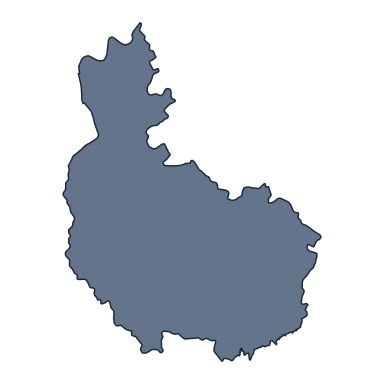 the district of Palestina, Caldas, Colombia
{"feature_id": "7082276B25073710076057", "entity_name": "Palestina", "entity_type": "district", "adm_level": 2, "iso_a3": "COL", "parent_name": "Colombia", "parent_adm1": "Caldas", "projection": "orthographic", "projection_center": [-75.648, 5.066], "detail": "fine", "context": "isolated", "style": "filled", "palette": "slate", "viewbox_px": 384, "rotation_deg": 0, "n_neighbors": 0, "source": "geoboundaries", "source_scale": "gbopen_adm2", "svg_char_len": 5951}
<svg xmlns="http://www.w3.org/2000/svg" viewBox="0 0 384 384"><path d="M141.2,23.3L139.8,23.0L133.5,31.4L132.0,34.4L132.1,36.1L132.7,37.5L132.4,40.0L130.7,42.4L129.8,43.2L127.8,44.3L126.1,44.5L125.7,45.2L121.2,43.4L113.6,37.7L112.0,37.1L110.8,37.3L109.6,38.1L108.9,39.4L108.4,41.1L106.9,54.4L105.1,58.5L104.0,60.1L101.6,60.9L97.7,60.6L88.9,55.9L86.8,56.0L84.2,57.0L83.0,57.9L81.5,59.8L78.8,66.1L79.5,73.5L78.4,73.7L80.8,84.0L81.3,87.6L81.9,96.5L81.7,98.6L82.1,100.9L83.2,103.5L84.6,103.0L85.4,104.4L91.0,110.9L93.1,117.0L94.7,123.6L98.6,134.6L97.5,137.8L94.9,139.8L89.1,143.5L87.6,144.1L84.0,146.7L81.7,149.3L73.1,156.2L70.1,162.8L68.3,166.0L68.8,167.4L69.3,170.1L68.2,174.2L68.6,179.5L65.8,182.9L65.6,189.5L63.4,192.8L63.1,194.1L63.2,195.1L63.8,196.0L66.5,199.4L67.0,200.6L67.1,202.8L67.5,203.8L69.7,206.7L70.7,212.1L74.4,217.2L74.3,220.3L72.9,222.4L72.8,225.1L71.8,226.8L68.6,229.9L68.8,233.0L70.0,234.6L70.5,236.1L70.0,237.1L68.8,238.3L68.9,240.2L68.6,242.2L68.7,242.9L70.2,245.4L70.2,246.5L69.1,248.7L65.9,251.8L65.4,252.9L65.4,254.1L65.8,255.8L68.8,258.9L69.6,260.3L69.5,265.2L69.8,266.3L70.9,267.7L72.2,268.7L74.7,273.4L77.1,274.7L77.4,275.2L77.0,278.1L77.3,279.1L78.8,279.5L83.8,279.2L86.1,279.8L87.8,282.5L89.9,287.2L90.3,287.6L93.5,288.1L94.4,288.9L94.9,290.6L94.1,292.6L94.6,295.4L96.3,297.1L97.8,300.0L99.5,299.6L100.2,299.8L100.8,300.8L101.0,303.6L102.2,303.8L103.6,303.4L105.0,302.8L107.5,300.9L108.2,300.8L109.3,301.4L110.2,303.5L110.7,307.1L112.4,309.5L113.9,310.8L114.0,315.2L113.6,317.8L114.3,323.2L116.3,325.6L117.5,325.9L120.9,325.2L126.0,329.5L132.0,331.4L131.5,333.5L131.6,334.8L132.2,335.5L135.8,336.7L142.0,344.7L142.1,346.0L141.0,347.4L140.5,348.9L141.0,350.7L142.3,352.9L145.0,353.1L146.6,352.8L152.4,349.4L157.7,349.7L159.9,352.2L161.1,352.7L161.9,352.3L163.0,350.8L163.0,349.8L161.5,347.6L161.4,339.7L162.7,337.5L162.9,336.5L161.8,334.1L161.8,333.1L162.4,332.0L163.4,331.3L164.4,331.2L170.0,331.9L171.5,333.2L175.0,334.3L178.3,333.6L183.7,338.5L185.3,339.0L193.0,338.2L195.6,338.3L197.8,337.5L201.8,339.9L202.9,340.0L205.0,338.7L206.4,338.3L211.5,340.7L215.0,340.3L215.6,340.9L215.7,342.1L214.1,347.9L214.0,350.2L214.4,351.7L221.7,361.0L222.6,361.0L223.6,358.7L224.4,358.5L227.6,358.8L229.0,359.3L231.2,360.6L232.9,360.2L234.9,357.3L238.5,355.1L239.3,355.7L239.9,355.0L240.1,354.6L239.6,352.9L240.3,352.6L240.4,352.2L239.8,351.2L240.1,350.8L241.4,350.6L241.5,350.0L240.3,349.0L240.5,348.5L241.1,348.4L241.9,348.7L242.5,349.8L242.2,350.9L242.6,351.4L244.0,352.2L243.7,353.8L244.5,355.1L245.8,354.4L247.0,353.3L248.2,353.0L248.7,353.2L249.3,358.9L249.6,359.6L250.2,360.0L251.3,358.0L251.9,355.6L253.4,353.8L253.8,351.2L254.4,349.9L255.4,349.2L260.4,347.1L261.2,347.1L262.6,345.7L265.2,346.8L267.0,345.6L269.0,345.5L269.5,345.1L270.2,343.4L270.1,341.5L271.0,340.7L272.3,340.9L276.3,344.6L276.7,343.9L275.8,342.7L276.7,340.8L278.1,339.0L278.7,338.9L279.1,339.3L279.5,338.5L279.4,337.9L280.4,337.3L280.2,337.8L280.6,337.8L280.9,336.9L282.6,336.1L282.6,334.9L283.2,335.1L284.1,334.9L284.6,335.6L285.5,335.6L285.7,335.2L285.1,334.7L285.2,334.4L288.7,333.2L290.5,332.0L291.3,332.5L292.1,332.1L292.6,332.9L293.2,332.0L294.9,330.7L296.3,330.7L296.1,329.7L296.3,329.4L297.6,329.5L297.9,328.7L299.7,327.8L300.6,326.9L300.9,324.4L301.9,322.5L301.9,318.5L302.8,318.4L305.5,316.7L306.7,315.7L307.1,314.8L306.7,311.7L305.4,310.3L305.3,309.7L306.4,307.9L306.8,306.1L307.8,305.0L306.8,303.7L305.6,303.7L303.5,304.3L302.2,304.0L301.4,303.2L301.3,301.6L302.1,296.6L304.1,291.9L303.9,290.4L302.2,287.9L302.3,282.1L303.0,279.8L307.5,274.7L310.4,270.2L312.9,268.2L314.1,265.8L314.3,264.6L315.0,263.8L317.0,255.9L316.8,253.7L315.2,252.8L309.4,251.0L308.4,250.3L307.2,248.6L307.1,247.6L307.4,246.1L307.9,244.6L308.9,244.5L312.6,246.6L313.6,246.8L314.1,246.3L316.0,241.8L317.4,240.4L319.5,239.2L320.5,238.1L320.9,237.4L320.7,236.0L319.7,234.8L313.7,231.0L306.8,225.7L303.8,224.6L302.3,223.9L301.4,223.0L300.6,220.5L298.0,217.7L298.5,214.2L298.1,212.9L294.0,212.0L293.5,211.4L290.4,204.2L288.2,201.9L280.8,198.4L279.0,198.3L277.9,198.5L274.2,201.6L272.0,202.7L269.8,203.0L268.8,202.7L268.3,202.0L268.5,198.7L269.2,197.6L270.3,196.6L271.0,195.4L271.0,194.3L268.5,187.0L268.1,186.6L266.1,186.9L265.6,186.2L265.3,184.0L264.6,183.7L263.6,184.2L259.8,188.0L258.7,188.5L254.0,188.1L248.1,187.0L244.8,187.5L244.0,188.0L243.0,189.8L242.4,191.8L242.0,195.4L241.6,195.9L238.3,197.7L235.5,199.7L233.2,200.3L231.2,200.2L228.4,199.1L227.7,198.6L227.6,198.0L228.9,193.5L228.7,192.4L228.1,191.5L226.3,190.4L223.2,189.6L218.7,189.2L217.8,188.6L217.3,184.4L216.5,183.3L215.6,182.4L213.0,182.1L211.1,181.1L210.0,179.8L209.0,177.1L205.6,175.5L201.4,171.1L199.3,170.0L195.0,162.9L194.1,161.7L192.3,160.4L191.6,160.5L190.9,161.0L190.0,163.2L185.3,163.5L183.3,164.6L180.3,165.4L175.7,165.9L168.3,165.8L164.9,165.5L163.8,164.5L163.0,163.2L163.2,162.2L166.4,159.6L170.0,155.1L170.0,154.3L169.5,153.3L168.3,152.2L168.1,151.2L164.7,144.5L164.4,144.0L163.5,143.8L161.8,144.3L156.8,147.9L154.7,148.9L153.5,148.9L150.1,147.3L148.9,146.3L146.7,141.7L146.8,140.4L148.2,137.5L148.4,136.0L148.1,135.3L146.2,133.6L146.1,132.2L146.4,130.8L147.0,129.6L150.3,126.9L152.6,125.8L157.1,125.2L158.4,124.4L159.7,122.7L162.7,121.2L164.8,119.1L167.0,118.4L167.6,117.8L168.4,116.2L168.2,115.5L164.3,111.5L164.6,109.4L169.4,104.4L174.9,101.6L175.3,100.7L174.7,99.7L172.7,99.0L171.3,97.2L170.9,95.5L171.1,94.1L170.9,90.6L170.0,89.3L168.6,88.7L167.6,88.6L165.8,89.1L164.5,90.9L163.3,93.8L161.1,95.6L160.3,95.6L156.7,94.0L156.0,94.0L154.2,94.2L151.5,95.0L150.2,95.0L148.1,93.4L147.1,90.2L147.5,87.0L148.2,85.2L149.9,83.3L151.4,80.2L152.9,75.1L153.9,73.9L158.5,71.8L158.9,70.9L158.2,68.8L157.6,68.6L155.3,69.7L153.1,69.7L149.9,63.6L149.5,62.2L149.7,61.1L152.4,60.0L155.7,57.5L155.9,56.8L154.8,55.2L153.8,52.0L153.2,51.3L152.1,50.6L150.6,50.6L149.4,49.6L149.7,44.8L144.8,40.4L144.5,39.3L145.0,36.4L140.0,31.1L139.7,29.1L141.3,25.1L141.2,23.3Z" fill="#64748b" stroke="#1e293b" stroke-width="1.5"/></svg>